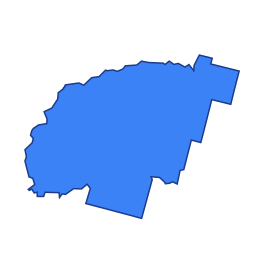 the district of Clark, Arkansas, United States of America, rotated 103°
{"feature_id": "52423323B93240032804570", "entity_name": "Clark", "entity_type": "district", "adm_level": 2, "iso_a3": "USA", "parent_name": "United States of America", "parent_adm1": "Arkansas", "projection": "robinson", "projection_center": [-93.197, 34.055], "detail": "fine", "context": "isolated", "style": "filled", "palette": "blue", "viewbox_px": 256, "rotation_deg": 103, "n_neighbors": 0, "source": "geoboundaries", "source_scale": "gbopen_adm2", "svg_char_len": 1311}
<svg xmlns="http://www.w3.org/2000/svg" viewBox="0 0 256 256"><g transform="rotate(103 128 128)"><path d="M47.5,32.5L47.0,61.8L41.1,61.6L40.9,74.9L52.2,77.7L57.4,76.8L52.5,82.9L55.8,86.2L53.8,93.6L55.7,97.6L53.6,102.9L57.8,106.2L56.9,108.3L59.6,122.9L59.8,129.9L64.7,133.6L68.0,144.6L71.6,146.2L75.2,151.1L74.8,155.6L76.8,160.9L76.7,162.9L84.5,167.8L87.1,174.7L96.2,180.7L95.2,186.0L100.0,198.5L100.3,198.7L100.6,198.9L100.9,199.0L101.1,198.9L101.3,198.8L101.5,198.7L101.9,198.7L102.0,198.9L102.0,199.0L102.5,199.2L103.0,199.6L103.3,199.8L103.6,199.9L103.9,199.9L104.2,199.7L104.3,199.6L104.5,199.7L104.5,200.0L109.3,203.9L115.6,203.0L125.7,206.7L131.0,213.4L137.6,208.8L142.0,208.2L145.2,215.9L149.7,220.1L152.1,221.1L157.1,221.3L159.4,218.0L163.9,218.0L172.3,223.5L179.0,220.5L183.3,221.0L198.0,213.4L198.4,209.5L204.1,206.2L210.2,211.4L211.0,210.1L209.2,208.0L212.4,204.8L211.0,202.1L215.1,201.0L213.7,194.8L209.3,194.4L206.5,180.6L211.1,179.1L207.0,177.3L206.7,173.9L199.3,167.3L197.8,159.6L192.0,155.2L195.4,151.1L211.1,152.1L212.3,113.7L213.0,94.4L172.8,92.8L170.3,94.5L169.1,86.2L172.1,80.7L173.9,79.0L172.5,75.1L170.4,72.5L171.5,67.5L157.6,67.7L156.0,64.3L125.5,63.6L125.8,53.8L111.0,53.4L83.1,52.8L81.5,52.8L81.8,33.2L67.2,33.0L47.5,32.5Z" fill="#3b82f6" stroke="#1e3a8a" stroke-width="1.5"/></g></svg>